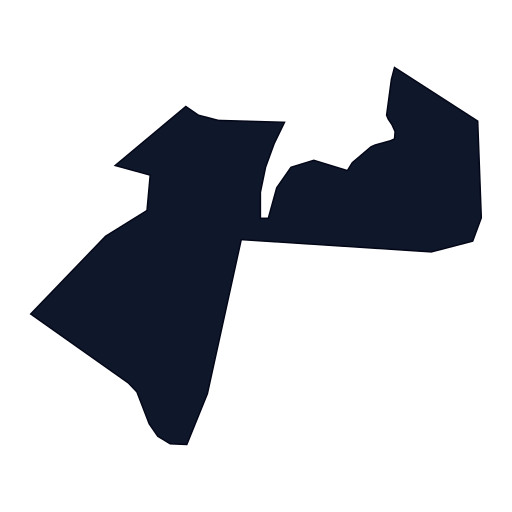 the border of Cagayan de Oro
{"feature_id": "PHL-5531", "entity_name": "Cagayan de Oro", "entity_type": "Highly Urbanized City", "adm_level": 1, "iso_a3": "PHL", "parent_name": "Philippines", "parent_adm1": "", "projection": "orthographic", "projection_center": [124.653, 8.399], "detail": "fine", "context": "isolated", "style": "filled", "palette": "ink", "viewbox_px": 512, "rotation_deg": 0, "n_neighbors": 0, "source": "natural_earth", "source_scale": "10m", "svg_char_len": 657}
<svg xmlns="http://www.w3.org/2000/svg" viewBox="0 0 512 512"><path d="M185.8,106.5L198.4,115.2L218.4,120.4L284.5,122.3L274.2,143.5L265.6,167.1L260.4,192.3L260.4,218.3L268.3,218.3L276.7,187.8L291.0,167.3L313.8,160.3L347.4,170.6L352.3,162.7L370.9,146.9L375.1,145.0L390.6,140.7L394.5,138.9L395.1,131.6L392.0,124.7L388.2,119.0L386.6,115.2L391.4,79.4L394.5,67.5L477.7,121.1L481.3,217.8L472.7,241.1L431.3,251.9L241.3,239.6L241.2,239.8L207.4,393.7L186.8,444.5L186.7,444.5L170.2,443.8L157.8,436.3L149.2,423.8L136.9,391.9L128.4,383.0L30.7,314.0L105.6,236.2L147.0,210.5L150.2,175.1L115.2,165.5L185.8,106.5Z" fill="#0f172a" stroke="#020617" stroke-width="1.5"/></svg>